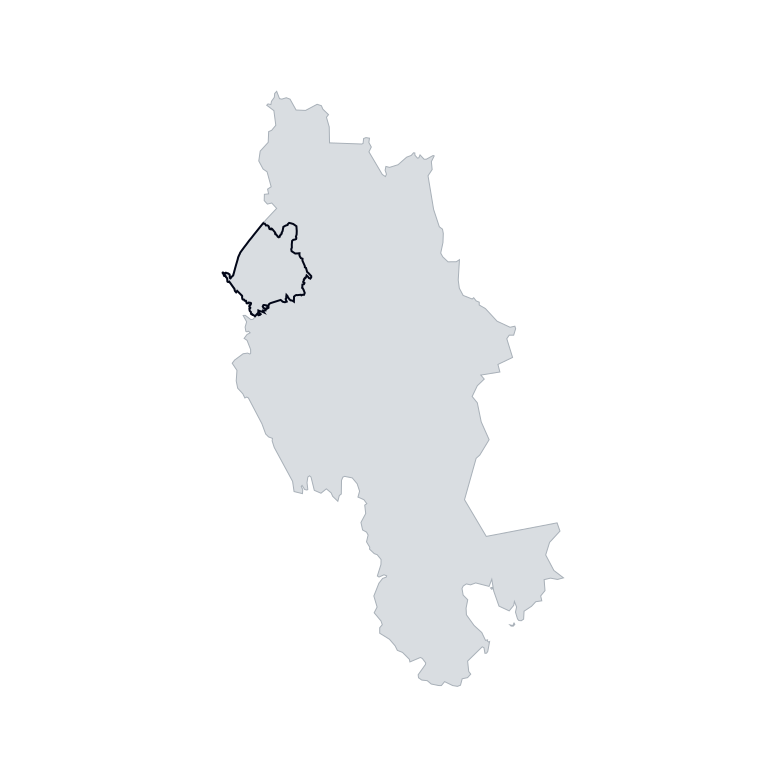 Pavlodar highlighted on a map of Kazakhstan, rotated 254°
{"feature_id": "KAZ-3205", "entity_name": "Pavlodar", "entity_type": "Region", "adm_level": 1, "iso_a3": "KAZ", "parent_name": "Kazakhstan", "parent_adm1": "", "projection": "robinson", "projection_center": [75.843, 52.234], "detail": "fine", "context": "in_parent", "style": "outline", "palette": "ink", "viewbox_px": 768, "rotation_deg": 254, "n_neighbors": 0, "source": "natural_earth", "source_scale": "10m", "svg_char_len": 7603}
<svg xmlns="http://www.w3.org/2000/svg" viewBox="0 0 768 768"><g transform="rotate(254 384 384)"><path d="M442.2,494.0L438.5,495.5L436.4,498.1L433.7,497.3L428.5,502.3L413.2,510.0L403.8,520.8L403.5,525.7L400.9,525.8L395.2,522.1L396.4,517.8L393.7,514.5L374.1,514.9L371.4,498.9L363.6,498.7L365.9,479.5L361.1,481.7L356.6,473.2L347.7,465.3L340.2,468.5L320.8,467.0L301.5,469.7L289.3,456.5L287.2,452.1L250.6,429.5L209.3,440.3L202.8,512.1L194.1,512.6L186.1,499.5L175.1,492.3L157.9,495.9L148.2,503.1L148.3,496.9L151.5,490.5L151.8,484.0L141.0,481.8L137.1,476.2L132.1,475.9L132.9,469.9L129.7,464.6L127.0,456.0L119.5,453.4L118.6,450.7L119.5,448.4L121.4,447.6L128.5,447.5L133.1,450.0L139.0,449.4L135.5,447.7L131.4,441.8L138.8,433.3L154.7,432.4L166.6,433.8L160.5,429.2L167.5,417.3L167.1,411.8L169.1,408.1L168.0,404.5L165.9,402.6L159.3,401.9L153.5,405.0L145.9,401.1L139.4,399.6L127.1,404.0L118.1,409.5L109.6,410.9L109.5,413.0L108.4,412.5L107.1,413.5L107.3,414.5L98.3,410.0L97.0,408.4L97.3,406.8L102.9,407.4L104.3,406.0L94.6,388.0L84.3,386.2L81.2,387.4L78.7,383.4L79.1,377.9L73.4,374.5L73.1,371.3L75.2,366.9L81.2,360.2L78.3,356.0L79.1,353.4L82.6,346.7L86.9,343.8L89.0,338.7L92.1,336.2L95.1,336.7L103.0,346.6L104.4,347.2L109.6,345.2L111.1,343.6L109.7,332.3L112.4,332.5L120.9,327.8L124.3,323.4L129.3,322.5L137.1,318.9L145.6,311.2L150.9,312.7L153.1,316.0L157.1,315.8L166.8,311.5L171.5,315.9L183.0,315.8L193.9,324.2L197.5,329.1L197.7,332.8L198.9,333.7L200.6,331.4L199.8,326.0L201.3,324.7L211.3,331.3L216.1,332.8L221.8,330.4L223.6,327.9L229.2,324.6L231.0,325.3L237.1,323.7L243.2,327.1L246.4,326.4L249.6,323.2L257.3,323.7L264.5,330.7L272.9,332.1L273.7,334.5L278.3,332.8L282.5,327.8L287.7,331.0L295.5,330.7L302.5,327.6L306.1,320.6L305.8,318.8L303.1,316.6L290.0,312.6L289.1,310.3L284.0,307.3L290.2,303.7L293.9,303.2L299.1,299.7L296.4,293.3L301.0,287.7L314.6,288.2L316.3,287.1L315.5,285.1L310.4,282.8L303.7,281.7L303.3,280.8L304.4,278.7L309.1,277.3L308.3,276.2L304.9,276.8L301.1,275.4L305.4,267.9L315.6,269.3L353.3,261.0L360.2,260.8L362.5,261.8L364.9,258.5L368.5,256.5L379.4,255.7L408.0,249.8L409.3,248.4L408.9,246.4L413.5,245.6L420.3,242.2L427.7,242.8L437.6,246.4L445.8,243.8L448.2,247.0L451.9,256.9L451.3,261.4L449.8,263.3L450.3,264.3L453.9,265.3L463.7,264.4L466.4,262.1L469.3,265.9L470.1,269.4L472.1,268.3L471.9,266.6L472.7,265.7L477.0,266.2L481.6,269.1L488.7,267.5L488.2,269.6L482.6,273.8L482.3,275.9L484.1,278.7L490.8,275.5L495.9,276.3L498.0,278.0L499.5,274.9L505.1,271.6L510.8,270.3L513.1,268.8L514.0,266.6L534.5,259.9L531.9,265.5L528.5,265.4L529.4,267.8L549.8,282.1L574.3,315.6L582.4,329.2L588.9,326.0L589.1,321.5L593.3,319.4L599.3,321.3L598.6,325.5L603.4,325.8L604.7,329.9L620.2,330.1L624.0,327.0L632.9,325.1L642.0,329.2L648.2,339.3L658.4,342.7L658.8,345.9L662.5,351.3L677.1,353.5L684.3,348.1L685.2,349.7L683.8,352.3L686.7,353.7L689.8,357.6L693.4,359.0L694.9,361.5L687.1,362.2L686.0,364.3L686.1,369.0L683.7,372.2L671.6,375.0L668.6,384.0L671.3,396.8L668.8,400.5L665.0,401.0L658.2,404.9L656.3,402.2L646.2,402.2L630.8,398.1L620.8,428.8L621.0,430.2L625.6,432.1L625.8,434.6L624.3,437.8L620.3,436.0L615.3,437.1L611.3,433.5L585.9,440.1L583.0,442.5L585.0,444.2L589.1,444.0L592.6,445.8L590.7,449.0L590.9,457.9L595.8,468.3L596.2,473.2L598.1,476.1L597.6,477.3L595.4,476.8L591.9,478.4L591.8,479.8L594.3,481.8L589.0,484.5L588.4,486.6L590.1,494.2L589.4,495.1L584.7,490.8L576.9,489.4L572.0,483.7L538.1,479.8L519.9,480.5L516.7,482.9L512.4,482.5L503.8,479.7L494.2,474.6L490.1,475.5L483.8,479.2L481.6,487.2L482.7,490.8L463.5,484.0L455.3,482.8L447.3,484.5L441.4,492.2L442.2,494.0ZM118.4,443.1L116.9,443.5L115.6,441.5L116.3,439.4L117.8,438.6L116.3,441.2L118.4,443.1ZM158.7,432.3L157.4,432.0L156.9,431.1L158.6,430.2L158.7,432.3Z" fill="#d9dde1" stroke="#a8b0b8" stroke-width="1"/><path d="M535.0,259.5L535.4,259.5L535.6,259.7L535.5,260.1L535.2,260.3L534.1,260.5L533.8,260.7L533.5,260.9L533.3,261.2L533.5,261.4L534.2,261.6L534.5,261.7L534.6,262.2L534.6,262.7L534.3,263.0L534.0,263.3L533.8,263.7L533.6,264.2L533.5,264.4L533.3,264.6L532.9,264.9L532.8,265.0L532.0,265.7L531.1,265.7L529.3,265.2L528.3,265.1L528.1,265.2L527.8,265.4L527.8,265.5L529.3,267.5L529.6,268.4L530.0,269.0L531.3,269.8L533.1,270.9L535.8,272.5L538.6,274.2L541.3,275.9L544.0,277.6L546.1,278.8L547.9,280.3L548.6,281.0L549.9,282.0L551.5,284.0L552.5,285.3L554.2,287.5L555.8,289.7L557.4,291.8L559.1,294.0L561.2,297.1L563.4,300.1L565.5,303.1L567.7,306.2L569.4,308.6L571.0,310.9L571.7,312.0L571.4,312.0L571.0,313.6L568.9,314.3L568.9,314.8L568.6,315.7L567.9,316.3L567.1,316.7L566.6,316.5L564.5,316.7L563.9,317.8L564.6,318.0L564.4,318.8L563.7,319.3L559.8,321.0L558.8,321.2L558.4,320.7L557.8,320.9L557.4,321.5L555.8,322.3L555.2,322.3L554.4,322.8L554.3,323.0L554.1,323.2L554.0,323.3L554.1,323.6L554.3,323.8L554.5,324.1L554.4,324.4L554.8,324.6L555.2,324.7L555.4,324.9L555.6,325.5L555.8,325.8L556.1,325.9L556.1,326.0L556.5,326.8L556.7,327.1L556.9,327.2L557.4,327.2L557.6,327.3L557.8,327.5L558.9,328.6L562.8,330.6L563.4,333.1L563.4,335.1L564.1,335.5L565.0,337.2L564.1,338.9L562.8,340.9L559.8,343.3L555.1,342.3L551.8,341.2L549.8,339.9L548.6,340.0L547.6,339.5L547.4,338.4L547.6,336.5L546.9,335.1L543.5,333.8L540.5,333.0L539.2,332.0L537.1,331.8L533.9,334.6L533.4,336.6L533.0,338.8L531.2,338.2L529.5,338.3L528.6,338.7L527.9,338.8L526.9,340.2L525.0,339.6L519.3,340.4L518.0,340.1L517.1,341.0L512.9,341.0L511.4,342.0L507.8,343.8L506.5,343.4L505.6,342.2L506.2,341.6L506.5,341.1L508.1,340.5L509.7,339.5L508.4,338.7L507.4,337.6L507.8,337.3L507.3,336.5L506.5,335.7L505.9,335.7L504.4,334.4L503.0,335.4L502.0,334.5L502.1,333.0L500.5,332.4L499.4,332.2L499.0,331.8L498.2,332.3L497.0,332.6L493.4,332.9L491.8,331.7L492.2,330.4L492.0,329.0L492.7,328.7L493.3,325.2L493.7,324.2L493.6,323.4L493.2,322.4L492.8,321.6L488.0,320.1L489.1,319.2L489.8,318.2L490.2,317.2L491.6,316.4L493.9,315.6L495.3,315.4L496.5,314.8L494.9,314.1L493.2,313.6L492.8,312.9L491.8,312.9L490.0,313.2L489.9,311.3L491.0,309.3L492.5,308.4L493.3,307.8L493.0,297.2L492.6,295.7L492.1,295.3L491.1,294.5L489.1,294.0L488.7,292.5L489.2,292.5L490.8,293.3L491.3,294.0L491.9,292.8L492.2,291.9L492.7,291.3L493.1,289.9L492.0,288.8L490.3,289.1L489.2,290.7L487.4,290.4L487.7,288.8L488.0,288.0L487.3,287.8L485.9,288.3L486.4,287.7L487.7,285.9L488.3,284.7L489.3,283.5L488.5,283.2L488.0,283.2L487.6,283.0L487.0,283.3L486.1,284.1L485.1,284.7L484.6,283.7L484.7,282.3L485.6,281.8L486.5,281.6L484.7,278.7L485.8,277.9L486.1,277.6L486.3,277.4L486.4,277.2L486.5,276.9L486.6,276.7L486.9,276.5L487.0,276.5L487.4,276.6L487.5,276.5L487.6,276.4L487.6,276.2L487.7,275.9L487.7,275.7L487.8,275.6L489.0,275.6L489.7,275.9L489.9,275.9L491.0,275.2L491.4,275.1L491.9,275.1L492.5,275.2L493.5,275.3L493.8,275.7L493.7,276.0L493.8,276.3L494.0,276.5L494.4,276.5L494.6,276.4L494.9,275.9L495.0,275.9L496.0,275.9L496.3,276.2L496.4,276.4L496.5,276.6L496.8,276.7L496.7,277.1L496.8,277.4L497.3,277.9L498.1,278.4L498.5,278.4L498.8,278.1L499.6,276.4L499.4,276.1L499.1,275.9L499.2,274.8L499.3,274.4L499.5,274.2L501.9,274.3L502.1,274.2L502.3,273.3L502.5,273.0L502.6,272.9L502.8,272.9L503.5,272.8L503.7,272.7L503.8,272.4L504.0,271.9L504.1,271.6L504.7,271.3L505.9,271.4L506.5,271.5L507.6,271.9L508.0,271.9L509.9,270.8L511.7,269.8L514.0,268.5L512.9,267.1L513.9,266.6L514.4,266.4L514.9,266.3L516.5,266.5L517.0,266.4L517.8,266.1L518.6,265.8L520.3,265.2L522.9,264.3L525.0,263.5L524.8,263.1L524.8,262.8L524.9,262.5L525.1,262.1L525.4,261.8L525.7,261.7L528.6,262.3L529.3,262.2L530.2,261.6L530.5,261.5L531.2,261.6L531.4,261.5L531.7,261.3L531.7,261.0L531.7,260.6L531.8,260.3L532.1,260.0L532.5,260.0L533.4,260.0L533.7,260.0L534.8,259.6L535.0,259.5Z" fill="none" stroke="#020617" stroke-width="2"/></g></svg>